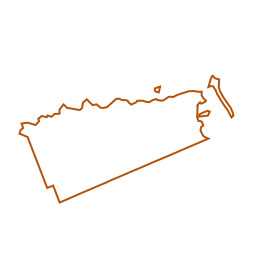 the district of Mobile, Alabama, United States of America, rotated 249°
{"feature_id": "52423323B65626355292212", "entity_name": "Mobile", "entity_type": "district", "adm_level": 2, "iso_a3": "USA", "parent_name": "United States of America", "parent_adm1": "Alabama", "projection": "natural_earth1", "projection_center": [-88.164, 30.697], "detail": "fine", "context": "isolated", "style": "outline", "palette": "amber", "viewbox_px": 256, "rotation_deg": 249, "n_neighbors": 0, "source": "geoboundaries", "source_scale": "gbopen_adm2", "svg_char_len": 1825}
<svg xmlns="http://www.w3.org/2000/svg" viewBox="0 0 256 256"><g transform="rotate(249 128 128)"><path d="M164.5,27.0L161.6,24.7L155.6,31.0L150.7,31.0L101.0,31.1L101.0,37.5L82.9,37.5L84.0,62.1L84.0,62.3L84.0,62.7L84.6,78.6L85.0,89.4L85.2,91.3L86.3,119.7L86.3,120.5L86.3,120.8L86.4,124.6L86.5,126.0L86.8,134.2L87.1,141.1L87.2,142.3L87.2,144.2L87.4,151.4L87.6,157.8L87.8,161.1L87.8,161.4L87.8,163.7L88.1,168.5L89.3,199.2L93.0,195.7L94.9,195.2L98.9,194.8L100.5,195.1L102.8,196.8L103.3,199.1L104.2,199.3L107.9,198.9L109.4,196.3L113.3,196.4L123.3,200.8L124.1,200.7L126.1,203.8L126.1,204.5L124.7,204.8L124.4,205.8L124.9,209.7L125.6,210.6L129.1,208.9L132.0,208.4L135.5,209.8L136.9,205.9L137.5,205.2L139.2,202.0L140.6,197.5L141.2,186.6L140.8,181.1L141.8,179.3L142.5,177.1L141.4,172.4L141.2,170.6L141.7,168.7L143.5,165.7L145.0,164.6L145.2,160.8L144.5,157.1L144.7,156.6L146.4,153.7L148.1,151.7L150.1,146.4L149.1,145.0L148.7,139.4L151.8,137.7L153.5,137.5L154.9,135.8L155.8,133.1L157.5,131.1L158.2,130.7L159.5,127.8L155.0,115.8L155.7,111.8L156.7,109.8L161.4,107.0L162.0,103.2L169.5,99.8L167.8,95.0L163.1,92.3L162.0,89.4L167.8,79.9L168.2,78.6L173.1,76.3L169.7,70.6L165.9,69.3L167.4,64.5L165.9,60.5L168.5,57.5L167.2,55.9L170.1,51.8L168.8,47.6L166.2,47.5L163.9,42.9L169.1,35.9L170.3,30.3L165.6,30.1L164.5,27.0ZM100.8,228.4L101.9,230.9L105.3,231.3L109.9,231.1L122.7,228.0L130.0,227.0L133.9,227.5L140.6,230.5L143.2,227.1L145.7,226.2L146.2,226.0L146.4,225.3L144.3,223.0L137.5,217.8L137.5,220.0L136.4,222.5L134.1,222.8L131.4,223.4L128.0,223.4L119.5,224.9L113.1,226.3L108.3,227.6L105.5,227.8L100.8,228.4ZM112.1,202.6L111.0,207.0L113.8,210.2L115.5,208.6L115.5,204.1L115.1,199.7L113.2,198.6L112.1,202.6ZM151.9,167.1L150.2,169.5L155.1,172.8L155.3,170.2L155.3,167.3L153.2,166.4L151.9,167.1Z" fill="none" stroke="#b45309" stroke-width="2"/></g></svg>